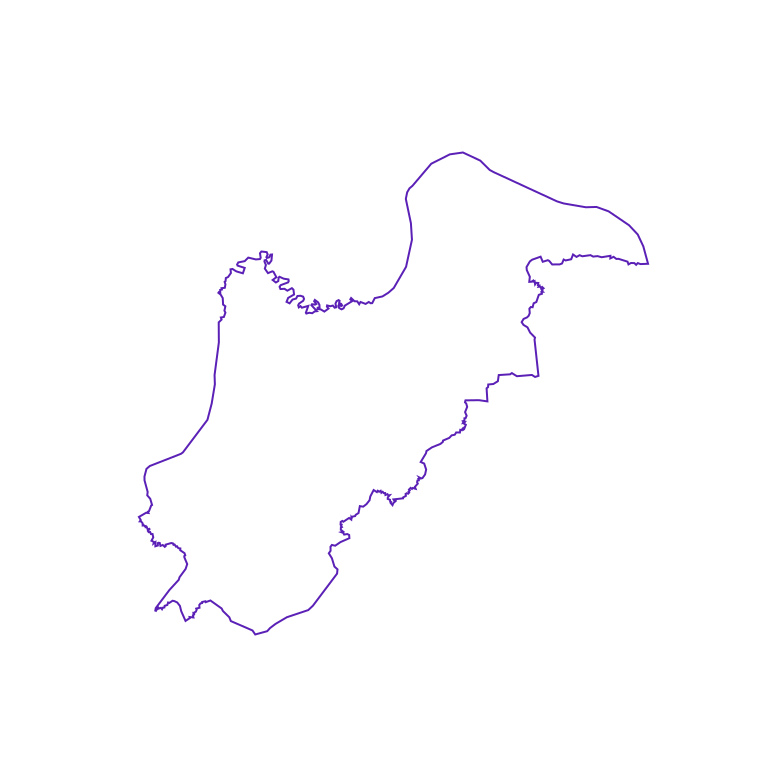 outline of Pak Khat, Bueng Kan, Thailand, rotated 71°
{"feature_id": "78962969B17401881155721", "entity_name": "Pak Khat", "entity_type": "district", "adm_level": 2, "iso_a3": "THA", "parent_name": "Thailand", "parent_adm1": "Bueng Kan", "projection": "orthographic", "projection_center": [103.357, 18.296], "detail": "fine", "context": "isolated", "style": "outline", "palette": "violet", "viewbox_px": 768, "rotation_deg": 71, "n_neighbors": 0, "source": "geoboundaries", "source_scale": "gbopen_adm2", "svg_char_len": 6161}
<svg xmlns="http://www.w3.org/2000/svg" viewBox="0 0 768 768"><g transform="rotate(71 384 384)"><path d="M356.3,95.2L338.3,94.0L325.3,95.4L313.7,100.6L293.9,115.4L285.8,125.4L282.6,135.6L271.8,155.3L267.7,160.9L219.6,211.1L216.0,214.4L204.2,220.2L190.8,234.0L188.3,247.0L191.1,267.6L205.9,292.6L207.3,296.2L210.3,299.7L216.1,303.1L240.7,306.2L256.7,310.6L280.4,325.0L296.4,343.5L299.1,350.1L300.7,356.9L299.8,364.8L303.7,368.8L303.3,370.3L301.5,371.7L302.3,375.3L298.8,379.5L300.5,381.5L297.1,382.4L296.2,384.9L292.0,387.1L293.0,388.3L295.3,387.1L297.1,395.4L299.3,397.6L299.6,399.8L297.7,401.6L295.3,401.8L294.5,401.0L296.4,399.1L296.1,398.0L294.3,398.4L292.8,400.1L290.9,398.9L289.9,399.6L290.2,401.8L292.2,403.7L295.9,404.2L295.8,405.8L293.2,406.8L293.0,409.4L291.2,412.2L292.2,412.8L294.6,411.9L296.1,416.8L292.9,419.5L291.4,422.5L290.3,421.9L290.6,420.0L288.2,419.3L285.4,419.7L282.0,422.0L283.0,423.1L286.3,422.0L286.5,423.4L285.1,426.1L285.8,427.0L293.3,423.7L292.8,425.9L293.7,428.8L292.3,431.5L292.1,434.5L291.2,434.7L285.5,430.2L285.1,436.8L283.2,437.6L283.8,439.6L281.6,439.5L280.3,438.1L279.0,433.3L277.5,431.9L275.1,432.0L273.4,434.2L272.6,437.2L274.6,439.3L274.4,443.0L277.0,447.0L274.6,449.4L271.4,446.6L270.1,439.9L265.3,438.9L263.4,439.9L264.3,445.0L261.6,447.1L260.5,451.0L258.1,451.1L256.9,449.5L256.7,441.6L255.7,440.6L254.0,440.3L251.8,444.5L248.6,447.9L249.0,448.9L252.3,450.5L252.8,453.2L249.4,455.4L248.0,451.0L241.9,452.0L241.1,452.9L241.4,457.6L236.1,459.1L233.0,456.9L229.4,457.2L228.2,456.6L228.3,455.1L232.6,454.2L232.8,453.4L230.7,450.3L225.1,447.7L224.7,449.2L226.8,451.2L226.7,453.7L225.8,453.9L223.6,451.8L221.1,452.0L218.8,456.8L220.0,458.7L224.5,459.5L225.5,460.6L224.5,464.6L220.3,471.2L222.5,475.7L221.6,482.2L223.2,484.0L224.4,483.9L228.9,477.9L233.4,481.4L229.4,487.0L225.9,489.8L225.6,491.8L229.2,492.6L232.1,496.6L232.3,499.0L235.1,500.3L235.5,501.4L238.2,501.5L241.2,503.2L240.5,506.4L241.9,506.5L241.7,508.3L244.1,509.0L243.3,510.1L243.9,510.9L246.4,509.3L250.3,508.5L256.5,510.3L258.9,508.7L262.7,511.0L264.9,510.7L268.5,513.6L268.0,516.6L270.2,516.6L271.9,520.2L290.9,526.6L320.4,541.3L329.2,544.0L346.4,553.3L360.4,562.6L383.2,596.4L383.9,598.7L385.3,632.2L386.9,636.2L393.5,640.6L397.1,641.8L409.1,642.6L412.2,644.1L416.4,642.4L422.9,642.7L423.1,643.7L427.7,647.6L427.9,648.8L429.3,648.7L428.3,650.9L429.9,659.0L433.4,658.3L434.4,659.6L434.9,658.4L437.0,657.6L439.1,658.2L439.0,657.2L440.5,656.7L440.7,655.6L441.8,655.9L441.9,654.9L444.6,654.8L444.5,652.3L446.1,655.1L447.5,654.7L447.8,653.3L450.0,653.2L450.5,651.7L453.9,652.1L456.5,654.9L458.4,652.9L459.8,653.8L459.1,651.6L463.0,653.0L463.1,650.4L460.8,649.7L460.7,648.8L461.3,647.8L464.3,648.1L464.2,645.6L466.6,644.3L466.1,643.1L464.8,642.8L465.1,637.0L465.9,635.5L467.5,635.4L467.5,634.3L470.1,633.6L470.0,632.6L472.3,631.9L473.2,630.1L474.8,630.8L479.0,627.7L481.3,627.7L481.7,628.9L482.9,629.2L490.2,628.7L494.3,631.8L500.1,640.2L502.3,641.8L508.8,653.8L521.6,672.8L523.8,674.0L524.2,673.5L522.9,672.6L523.3,671.6L522.1,670.1L523.0,669.8L523.0,667.8L524.7,667.2L523.5,665.9L523.8,664.4L522.3,663.6L522.4,660.8L520.3,659.3L521.1,658.3L520.1,654.5L521.0,652.9L523.3,650.6L527.4,649.2L532.7,649.7L543.4,648.8L542.1,643.8L541.0,643.7L542.7,640.2L540.5,640.0L540.3,639.1L538.8,638.8L539.4,638.2L538.3,637.7L538.0,636.0L536.4,634.6L535.2,634.7L535.5,631.3L532.8,630.6L531.7,628.9L531.9,627.3L530.9,626.9L531.3,623.6L532.2,623.6L532.2,618.6L543.4,610.6L546.2,610.2L554.2,606.2L558.3,606.0L574.2,588.6L578.9,587.3L579.7,574.9L577.6,571.1L575.5,564.6L572.9,551.8L573.1,529.2L570.5,523.4L548.0,490.1L544.1,488.3L540.5,490.3L531.8,490.0L526.1,491.3L524.3,488.8L520.5,487.6L519.2,485.7L521.0,482.8L519.3,476.6L518.5,466.9L515.4,466.1L513.9,467.6L513.4,470.7L511.5,471.0L510.2,472.6L510.3,470.7L507.7,472.3L505.4,471.4L505.5,470.4L504.1,470.7L503.2,469.9L502.7,470.8L500.3,469.8L499.9,468.0L501.0,467.3L499.3,460.6L501.5,459.1L499.3,458.2L500.0,458.0L499.1,457.3L499.5,454.3L498.5,453.4L497.7,450.1L491.6,446.6L493.2,443.6L491.9,439.7L489.2,435.5L485.8,433.5L480.9,428.3L483.9,425.9L482.9,424.6L484.3,423.7L483.9,421.9L486.0,421.9L485.5,420.3L487.1,419.7L487.5,418.4L489.4,418.8L489.3,416.6L490.8,416.2L491.0,414.9L492.4,417.3L493.9,417.9L495.4,416.0L497.0,416.4L497.9,415.7L498.5,416.5L501.3,415.4L499.6,413.9L498.4,410.9L497.4,410.8L497.5,412.3L496.2,412.6L498.3,403.2L497.5,402.9L496.9,399.7L495.0,399.4L494.7,398.0L495.6,396.9L494.8,395.5L493.7,395.8L493.0,394.3L491.9,394.7L490.9,392.6L492.3,391.7L491.7,390.6L493.4,388.2L491.3,388.3L489.2,384.5L487.6,384.7L486.2,383.8L486.4,382.5L484.9,382.4L485.2,380.7L483.8,381.1L485.3,379.6L485.5,378.3L482.9,374.6L478.6,372.0L472.3,371.9L469.7,374.7L463.1,366.8L461.2,365.7L459.5,359.3L459.0,350.1L457.9,347.2L456.7,346.6L456.2,339.8L454.6,336.8L455.0,333.6L453.3,331.5L454.6,328.0L452.2,326.8L452.8,325.9L451.7,323.9L453.1,324.1L452.8,323.0L449.2,319.9L447.4,321.4L446.6,320.3L446.5,322.0L445.5,321.0L444.8,321.4L444.8,319.9L442.6,319.1L442.9,318.0L440.9,316.2L437.0,316.5L432.7,312.8L429.2,312.6L427.7,313.4L426.0,312.3L430.2,299.5L434.1,291.9L421.5,288.4L420.8,286.6L418.4,285.6L419.6,280.6L418.4,275.4L412.9,272.6L415.9,261.6L415.3,259.6L419.9,255.8L423.6,241.2L426.5,238.9L426.6,235.3L391.0,227.2L389.3,226.1L383.0,229.1L377.1,229.9L373.5,232.9L370.3,233.7L367.9,230.8L367.6,227.1L366.6,225.0L364.4,223.1L360.1,222.0L359.0,220.1L359.8,218.5L356.4,216.2L356.1,213.3L350.1,208.6L350.1,205.3L348.4,205.2L348.6,203.9L347.6,204.6L346.9,203.6L345.9,204.1L345.4,202.0L343.7,202.9L344.1,204.4L342.6,204.8L342.4,206.1L341.4,205.0L340.7,206.3L338.7,205.2L337.9,207.1L339.0,208.7L335.7,208.1L335.8,209.4L334.8,209.3L335.3,211.5L334.7,213.4L330.1,211.2L322.8,211.9L319.9,211.2L315.6,206.2L314.7,203.5L314.6,194.5L320.1,194.1L320.3,188.8L321.4,187.7L325.7,186.1L328.1,179.0L328.0,176.4L324.8,173.6L326.3,172.1L327.0,166.4L323.1,163.1L326.5,160.6L325.9,157.1L327.8,154.9L329.4,146.8L331.6,144.8L332.6,140.5L335.0,136.9L336.5,128.2L338.9,129.1L338.5,125.5L341.4,123.6L342.0,121.5L347.6,113.9L350.5,113.9L350.0,111.1L351.2,107.9L353.4,106.8L352.3,104.7L354.1,102.5L356.3,95.2Z" fill="none" stroke="#5b21b6" stroke-width="2"/></g></svg>